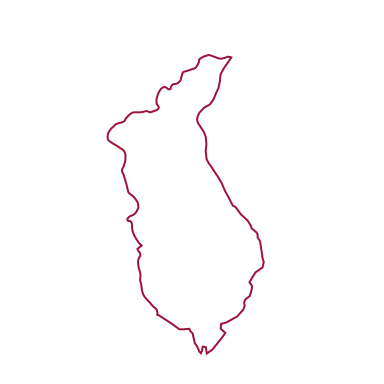 the district of Madobi, Kano, Nigeria, rotated 299°
{"feature_id": "59680162B5579026585541", "entity_name": "Madobi", "entity_type": "district", "adm_level": 2, "iso_a3": "NGA", "parent_name": "Nigeria", "parent_adm1": "Kano", "projection": "orthographic", "projection_center": [8.387, 11.817], "detail": "fine", "context": "isolated", "style": "outline", "palette": "rose", "viewbox_px": 384, "rotation_deg": 299, "n_neighbors": 0, "source": "geoboundaries", "source_scale": "gbopen_adm2", "svg_char_len": 3340}
<svg xmlns="http://www.w3.org/2000/svg" viewBox="0 0 384 384"><g transform="rotate(299 192 192)"><path d="M328.7,161.2L328.7,160.0L328.0,158.9L327.7,157.7L326.9,156.9L325.8,156.3L324.6,154.9L323.7,154.1L323.3,153.6L322.7,152.8L322.1,151.4L321.6,150.2L321.5,148.9L321.1,146.2L320.5,142.1L320.0,140.2L316.8,137.2L315.8,136.2L313.9,135.2L311.7,134.1L309.8,134.7L308.6,135.1L307.3,135.2L305.9,135.2L304.6,135.2L303.0,135.0L302.4,134.9L301.7,134.5L300.8,133.9L300.6,133.7L300.2,133.3L299.1,132.2L297.2,130.5L295.6,129.0L295.2,128.6L294.8,128.3L293.6,127.0L293.3,126.7L292.1,126.0L291.0,126.2L289.6,126.5L288.2,126.8L287.3,127.1L286.2,127.2L284.8,127.8L283.2,127.8L281.1,127.1L280.4,126.7L279.2,126.0L278.4,125.0L277.8,124.1L277.4,123.5L275.8,122.7L273.6,122.6L271.8,123.3L270.7,122.4L270.5,120.8L270.8,119.0L270.7,117.2L269.3,115.8L267.1,114.8L265.4,114.7L263.7,114.6L262.2,114.7L260.7,114.9L259.3,115.2L257.7,115.5L255.2,116.3L253.3,117.5L252.2,118.2L251.7,119.0L250.8,120.8L250.3,121.3L249.8,122.1L248.0,122.1L246.7,121.5L244.8,119.9L243.2,118.5L241.6,117.1L241.1,115.4L241.0,114.0L240.6,112.5L239.6,111.7L238.7,110.8L238.0,109.9L237.1,108.9L236.3,107.5L235.4,106.1L234.8,104.6L233.2,102.2L232.6,101.4L229.7,100.0L227.4,99.2L226.3,99.0L226.2,99.0L226.0,98.9L225.9,98.9L225.7,98.8L225.5,98.7L225.2,98.6L224.5,98.4L222.7,98.5L221.7,98.6L220.1,97.8L219.8,97.6L218.3,96.4L216.8,94.5L214.3,92.5L211.0,91.6L208.9,90.7L206.1,90.3L203.2,90.1L200.4,90.9L198.2,92.1L197.2,93.1L196.7,94.0L196.3,96.3L196.0,101.4L196.0,104.0L195.6,107.9L195.4,111.3L194.3,113.7L192.4,115.7L188.6,117.8L186.6,118.7L181.8,119.7L177.6,119.9L175.8,121.1L173.6,124.3L171.5,126.3L167.0,130.9L164.6,133.1L161.0,136.4L160.4,137.9L160.1,140.1L159.9,141.8L158.9,145.1L156.5,149.5L155.4,150.8L152.4,152.6L150.7,152.9L146.6,152.9L143.7,151.9L142.1,150.6L140.4,149.3L138.6,148.7L136.8,148.6L135.8,149.8L136.0,150.8L136.6,152.1L136.4,153.4L135.3,154.7L130.0,158.1L127.9,160.2L125.8,162.8L123.4,166.9L121.7,170.3L120.7,173.9L115.8,171.9L114.3,173.8L113.7,175.6L112.5,176.8L111.2,177.8L110.1,177.6L107.3,177.7L104.6,178.7L101.3,181.0L99.0,183.0L96.5,185.6L94.3,187.3L89.6,189.4L86.7,192.3L84.0,194.2L81.5,196.1L78.9,198.8L77.6,200.9L77.1,202.1L75.6,206.3L74.7,209.3L73.6,211.9L73.1,213.2L72.7,215.9L72.3,217.3L71.8,218.3L69.9,220.1L67.7,221.3L68.1,222.7L67.0,238.3L65.8,247.5L67.7,251.0L71.0,255.9L69.5,258.1L68.5,261.2L61.2,267.7L59.5,271.2L55.9,276.0L55.3,277.9L58.0,277.7L62.0,276.3L63.0,279.2L58.0,283.2L63.6,286.1L72.9,287.8L82.8,289.3L84.9,289.4L86.3,283.4L90.7,281.4L94.6,285.3L101.7,289.8L102.5,290.3L105.0,291.9L109.8,292.9L114.0,293.9L118.2,293.1L120.7,291.1L123.7,290.7L128.9,292.9L132.0,292.4L136.6,291.2L139.1,289.8L140.8,286.1L145.4,286.1L152.5,286.5L160.1,290.3L165.5,288.7L169.4,284.8L170.0,284.6L176.6,279.5L179.2,277.5L181.4,275.9L182.7,274.0L184.2,271.3L186.8,269.9L188.0,267.7L189.1,261.8L191.2,259.5L194.1,254.3L194.1,254.1L196.1,245.8L199.9,237.3L199.9,234.3L205.7,225.6L208.7,220.7L214.2,213.6L218.4,206.3L224.0,195.5L225.2,192.8L227.8,188.8L234.4,184.2L240.6,181.5L246.7,177.5L249.2,174.6L250.6,172.7L255.5,163.3L257.3,161.7L259.3,160.7L261.7,160.2L265.3,160.1L271.5,161.7L271.9,161.9L277.2,165.2L283.6,166.0L289.4,165.2L296.0,164.7L296.3,164.6L302.6,162.6L308.6,160.0L316.4,159.9L321.5,160.5L328.7,161.2Z" fill="none" stroke="#9f1239" stroke-width="2"/></g></svg>